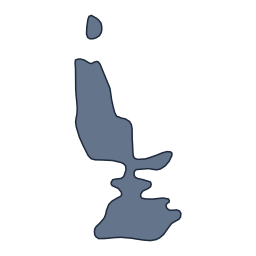 Sokh, Ferghana, Uzbekistan (Natural Earth projection)
{"feature_id": "79887680B62053175719936", "entity_name": "Sokh", "entity_type": "district", "adm_level": 2, "iso_a3": "UZB", "parent_name": "Uzbekistan", "parent_adm1": "Ferghana", "projection": "natural_earth1", "projection_center": [71.105, 40.075], "detail": "fine", "context": "isolated", "style": "filled", "palette": "slate", "viewbox_px": 256, "rotation_deg": 0, "n_neighbors": 0, "source": "geoboundaries", "source_scale": "gbopen_adm2", "svg_char_len": 1921}
<svg xmlns="http://www.w3.org/2000/svg" viewBox="0 0 256 256"><path d="M89.7,63.3L84.4,60.1L80.4,59.0L78.0,59.1L75.4,60.1L75.1,63.3L75.5,67.8L75.6,77.7L75.7,88.4L76.1,95.2L76.7,101.2L77.2,107.9L77.0,113.5L76.1,118.1L75.6,122.1L76.3,126.9L79.3,137.0L83.2,145.7L88.2,155.6L91.1,158.7L95.0,159.8L102.3,160.0L112.4,160.5L120.7,162.4L123.4,163.6L125.6,165.8L126.0,169.8L124.8,173.6L123.6,176.7L121.0,178.5L116.5,178.9L112.8,179.7L111.3,182.0L111.1,183.9L112.1,185.6L118.3,188.5L121.2,192.0L121.7,194.4L120.7,196.3L117.2,198.0L112.0,201.1L108.8,204.4L106.6,210.1L105.7,214.2L104.5,217.3L103.6,218.8L99.8,223.2L96.2,226.5L94.7,229.1L94.4,231.9L94.9,235.1L95.9,236.7L98.6,238.6L103.8,238.6L108.3,238.2L114.5,237.6L121.0,237.3L131.5,238.2L136.2,239.0L143.8,240.1L150.3,240.6L156.1,239.6L159.5,237.9L163.5,234.6L166.9,229.8L169.4,226.3L171.7,223.4L174.7,221.6L179.0,219.2L180.5,217.0L180.9,213.4L179.5,211.0L176.8,209.9L171.9,210.3L169.1,210.0L166.9,208.3L165.9,205.4L167.0,203.5L169.1,202.1L169.3,200.6L168.3,198.9L162.7,198.0L152.4,199.1L145.6,198.9L142.0,198.2L140.6,196.5L140.9,193.7L142.8,191.1L148.3,188.4L150.6,186.7L151.2,184.3L150.9,183.1L150.3,181.9L143.2,179.7L137.3,178.4L135.0,177.0L134.0,174.5L134.4,171.4L136.2,169.6L143.6,169.0L148.5,168.6L153.2,169.4L156.9,169.8L160.6,168.9L165.4,165.7L169.1,161.3L171.7,156.0L172.0,153.2L170.6,151.9L166.9,151.6L162.4,152.8L156.0,155.4L150.5,157.3L145.5,158.9L137.7,159.4L134.6,158.3L133.2,155.8L132.9,151.4L132.2,138.1L132.1,128.6L131.3,124.5L129.6,121.6L125.4,118.9L121.4,118.1L118.7,116.9L116.7,116.4L114.7,112.6L113.0,106.1L111.6,99.7L110.7,93.3L110.0,88.5L107.8,83.1L101.4,67.5L100.1,64.2L98.0,61.7L96.4,61.5L94.3,62.1L91.7,63.5L89.7,63.3ZM96.2,37.8L99.4,35.7L101.3,32.4L101.8,29.5L101.7,26.3L101.0,23.3L98.8,20.2L96.5,18.3L91.4,15.4L89.0,16.4L87.9,19.5L86.8,27.0L86.5,34.1L87.7,37.4L89.8,38.8L93.0,38.8L96.2,37.8Z" fill="#64748b" stroke="#1e293b" stroke-width="1.5"/></svg>